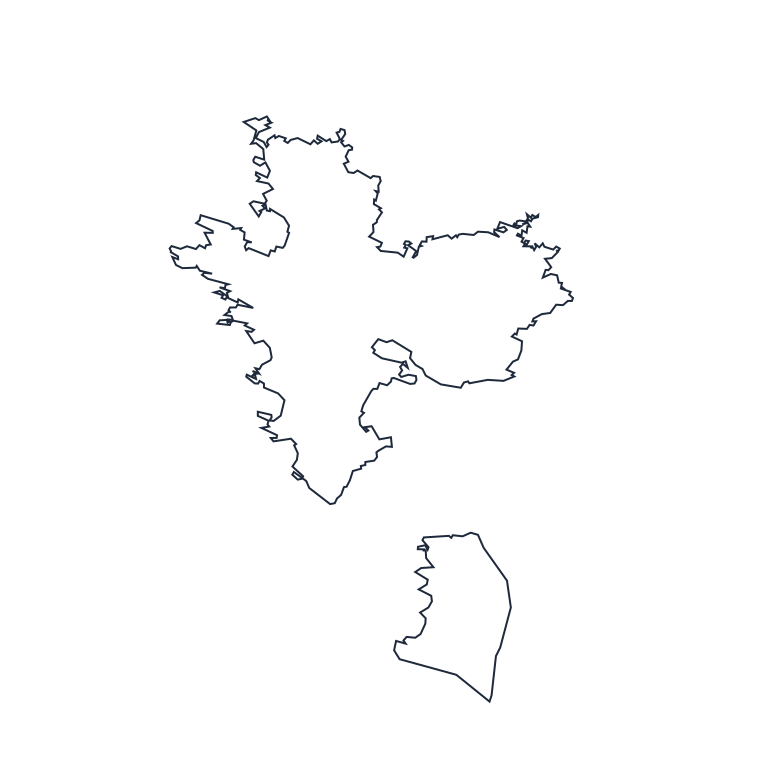 the district of Aukra nor, Møre og Romsdal, Norway, rotated 32°
{"feature_id": "86288312B52502401984724", "entity_name": "Aukra nor", "entity_type": "district", "adm_level": 2, "iso_a3": "NOR", "parent_name": "Norway", "parent_adm1": "Møre og Romsdal", "projection": "mercator", "projection_center": [6.9, 62.807], "detail": "fine", "context": "isolated", "style": "outline", "palette": "slate", "viewbox_px": 768, "rotation_deg": 32, "n_neighbors": 0, "source": "geoboundaries", "source_scale": "gbopen_adm2", "svg_char_len": 6154}
<svg xmlns="http://www.w3.org/2000/svg" viewBox="0 0 768 768"><g transform="rotate(32 384 384)"><path d="M426.2,160.9L425.2,158.9L424.2,162.0L420.2,162.1L420.3,165.1L415.2,164.3L418.3,167.2L418.1,171.0L412.4,173.5L410.5,175.6L411.6,178.6L409.5,178.7L409.6,180.7L416.6,177.5L414.7,181.1L396.6,185.2L397.8,192.3L402.7,187.1L406.5,188.3L404.9,192.1L395.8,194.4L396.9,196.9L404.1,198.2L392.0,200.1L383.0,205.0L381.1,210.1L371.1,215.0L368.2,217.7L368.3,220.7L366.2,219.8L364.3,224.9L359.2,224.1L348.4,235.6L347.3,232.6L342.4,236.8L344.6,240.8L340.6,243.0L340.7,247.1L342.7,247.0L340.8,249.1L343.6,257.1L342.2,261.2L341.2,261.3L340.9,254.2L330.8,253.5L332.7,250.4L329.6,250.0L326.6,251.6L326.7,254.6L328.8,254.6L328.9,257.6L331.9,256.5L333.2,265.6L326.1,265.3L310.7,272.9L305.6,271.6L308.1,269.4L307.4,265.4L293.3,266.9L294.6,260.7L290.3,254.8L292.2,250.7L291.1,248.7L291.3,239.5L287.2,238.6L288.2,236.6L280.1,236.8L277.9,232.8L279.9,232.8L277.7,225.7L274.6,224.8L277.6,223.7L273.9,218.7L273.7,213.7L270.6,210.7L264.5,213.4L263.6,216.5L248.4,217.0L246.5,221.1L241.5,223.3L233.2,218.5L236.1,214.3L231.0,211.5L230.2,204.4L232.7,202.2L231.6,200.2L227.5,199.9L224.6,203.5L219.5,201.7L220.4,199.6L218.4,199.7L218.6,192.5L216.0,189.6L212.0,190.7L212.6,193.8L210.6,195.9L216.8,199.7L216.4,202.8L211.5,206.9L208.3,205.0L206.4,208.6L196.2,208.5L197.3,211.5L202.4,211.3L200.5,215.4L195.4,214.6L194.6,219.7L180.4,221.2L175.5,226.5L174.6,230.6L170.6,230.7L170.5,227.7L163.4,229.4L161.5,233.0L159.4,231.1L156.1,238.3L156.7,241.3L159.3,242.3L158.9,245.3L153.7,242.5L145.0,243.4L144.4,236.7L151.3,227.1L146.2,227.3L150.1,222.0L145.0,222.2L147.0,221.1L142.9,219.2L138.1,226.5L134.0,226.7L126.2,236.1L141.4,236.6L144.3,246.6L144.0,250.7L147.9,247.5L157.1,248.7L163.5,257.2L154.4,259.5L154.5,263.4L156.1,264.9L163.2,264.6L166.0,258.9L174.3,263.7L175.6,270.8L163.4,272.2L164.5,274.7L169.6,275.1L168.8,279.2L179.8,275.2L186.5,277.5L180.7,286.9L187.4,290.7L187.2,294.4L176.5,298.2L174.6,302.3L189.0,308.3L188.8,303.2L186.8,303.2L190.1,298.1L186.5,297.2L188.5,294.6L192.7,299.0L195.7,297.9L194.6,295.9L210.9,295.8L219.6,300.1L221.4,306.1L223.4,306.1L226.4,319.2L226.0,322.2L219.9,324.5L221.1,329.5L217.1,330.7L218.3,336.7L197.2,340.5L196.2,343.6L193.0,341.2L192.8,336.1L196.8,334.0L188.7,335.8L185.5,329.3L180.4,329.5L180.3,327.4L173.4,332.7L173.3,330.7L167.2,330.4L139.1,338.0L140.8,343.0L139.4,347.1L157.6,345.0L158.7,346.5L151.7,350.8L163.1,357.5L159.6,360.6L160.3,363.7L153.9,364.1L153.0,369.2L144.0,371.6L139.9,377.2L130.8,379.6L130.4,382.7L134.0,384.9L132.5,385.2L141.7,384.9L143.3,387.3L137.2,388.5L144.5,393.3L151.6,392.6L162.7,385.1L162.6,383.1L167.8,385.5L179.8,381.5L172.8,384.8L171.9,387.9L179.0,388.1L199.1,381.9L197.1,384.0L198.3,387.0L193.3,389.2L204.3,386.8L202.4,389.9L205.6,392.8L195.4,392.1L191.5,396.3L200.5,394.0L200.6,397.0L204.7,396.4L204.6,393.9L216.7,392.4L215.6,389.4L232.8,388.8L217.8,394.4L217.9,397.5L212.9,400.7L213.0,403.7L216.1,404.6L214.1,404.7L212.2,410.0L218.7,407.2L221.8,409.7L217.8,411.8L219.9,412.8L218.9,414.8L216.8,412.9L210.9,417.1L210.5,421.2L222.0,415.7L221.4,412.7L222.8,410.1L235.8,405.1L234.9,408.2L245.0,406.9L244.1,409.9L239.1,412.1L252.6,418.1L258.7,411.2L268.0,413.8L274.7,421.0L275.1,424.0L270.3,432.3L270.5,437.4L266.6,438.8L272.6,441.4L265.6,442.6L271.6,442.4L268.6,443.5L267.8,447.6L269.7,444.5L272.8,447.5L262.7,448.8L263.3,450.8L274.0,452.0L277.0,450.4L276.9,447.3L281.9,447.2L284.1,450.6L299.2,448.1L308.2,450.5L313.2,465.6L310.0,473.8L306.3,475.6L306.4,471.9L304.8,469.9L291.7,474.4L293.9,477.9L305.6,476.3L306.6,480.0L309.2,480.9L303.3,486.2L320.4,484.1L321.5,486.6L316.6,489.8L320.7,491.2L334.1,479.7L341.3,481.5L340.3,483.6L347.6,488.4L350.3,494.4L350.1,502.5L364.3,505.1L364.4,507.1L354.2,506.4L354.3,509.5L361.5,510.8L365.4,507.1L369.5,507.5L375.7,511.8L401.9,514.4L405.4,511.2L404.8,506.0L406.4,500.8L404.7,492.6L406.7,491.0L406.1,483.8L403.7,474.3L409.5,467.9L407.8,465.8L411.1,462.6L409.5,460.0L416.3,454.2L416.8,449.6L413.8,446.0L414.6,443.6L418.7,435.9L424.0,433.1L418.1,425.5L409.4,433.4L395.9,426.4L390.6,430.8L395.4,431.8L394.2,434.0L385.2,431.2L380.9,425.6L382.3,419.1L379.3,419.2L377.6,413.1L377.0,396.9L377.5,393.8L380.9,391.7L379.7,385.6L387.3,383.4L388.6,378.3L387.5,375.2L389.0,373.7L406.1,370.1L409.6,367.4L409.4,363.4L406.8,360.4L399.8,363.2L394.9,368.9L391.8,368.0L392.2,362.9L388.6,361.0L389.4,356.9L395.6,357.7L390.3,353.3L387.6,356.6L368.6,363.3L358.4,363.2L358.3,360.1L354.2,359.2L355.4,349.0L364.0,347.2L367.9,342.5L390.2,342.3L392.4,348.3L400.6,351.1L408.7,350.9L414.9,354.7L432.4,354.2L451.1,346.5L451.0,340.4L453.9,337.2L456.0,338.2L469.8,325.5L483.7,318.0L490.5,308.6L487.5,308.7L488.4,305.6L480.3,306.9L481.5,296.7L484.6,292.1L482.7,282.7L478.4,274.6L467.3,276.0L468.2,271.9L470.2,271.8L468.5,265.8L476.0,261.5L476.2,256.7L479.8,255.2L479.7,250.2L476.7,252.3L476.1,249.3L480.9,241.0L487.3,235.7L488.0,225.5L494.0,222.3L495.9,216.1L499.3,214.0L498.7,210.9L493.6,210.1L493.5,207.0L482.5,209.5L485.9,207.8L482.6,207.4L481.4,203.9L478.5,205.5L473.2,200.1L467.2,202.3L462.3,209.6L460.6,201.5L463.1,200.4L463.9,196.3L454.2,192.5L459.6,188.3L461.4,180.1L459.3,179.1L461.4,179.1L461.3,176.0L457.2,176.2L456.3,180.3L447.3,182.6L444.1,180.6L443.3,185.8L437.2,184.9L440.3,186.9L440.4,190.9L437.3,189.0L436.4,191.1L436.3,189.0L429.3,193.3L429.2,190.3L431.2,190.2L431.1,186.1L428.1,187.3L428.2,190.3L425.2,190.4L425.0,186.3L418.0,187.6L417.9,185.6L422.0,185.4L419.8,180.4L424.8,180.2L422.1,174.2L424.6,173.1L420.5,171.2L416.6,175.4L419.5,171.3L419.4,168.2L422.4,168.1L422.3,165.1L426.2,160.9ZM641.8,597.4L640.2,591.0L623.1,555.4L622.2,545.9L610.0,506.3L592.5,485.6L555.3,470.1L543.6,462.1L536.3,464.2L531.4,471.5L522.5,475.8L522.6,478.8L519.5,478.4L499.1,493.0L499.4,496.1L508.2,498.8L508.8,501.4L504.4,498.9L499.1,504.0L500.2,506.2L506.6,502.4L505.1,504.6L507.6,503.1L512.0,509.3L523.0,513.2L513.1,520.3L510.1,526.9L524.8,526.8L526.5,531.3L522.3,539.8L536.3,538.6L539.8,542.9L540.1,550.0L535.7,558.7L543.5,560.6L546.1,565.5L547.5,576.6L545.0,582.6L537.2,586.5L536.4,591.2L539.9,592.7L530.4,595.5L533.7,604.5L543.1,609.1L599.4,592.3L641.8,597.4Z" fill="none" stroke="#1e293b" stroke-width="2"/></g></svg>